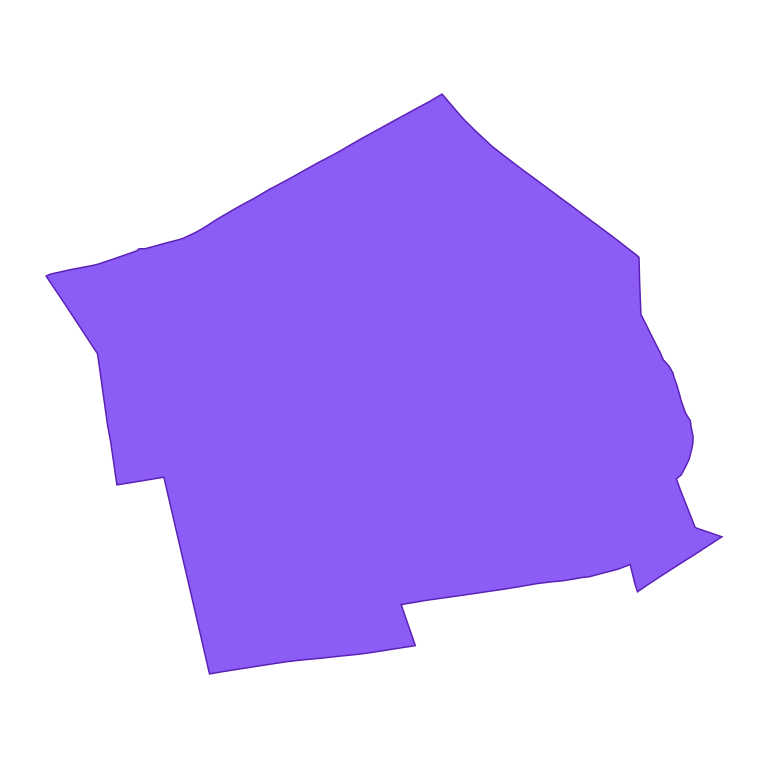 the district of Mihaesti, Olt, Romania
{"feature_id": "2599482B3191735089576", "entity_name": "Mihaesti", "entity_type": "district", "adm_level": 2, "iso_a3": "ROU", "parent_name": "Romania", "parent_adm1": "Olt", "projection": "equal_earth", "projection_center": [24.801, 44.115], "detail": "fine", "context": "isolated", "style": "filled", "palette": "violet", "viewbox_px": 768, "rotation_deg": 0, "n_neighbors": 0, "source": "geoboundaries", "source_scale": "gbopen_adm2", "svg_char_len": 2230}
<svg xmlns="http://www.w3.org/2000/svg" viewBox="0 0 768 768"><path d="M611.2,235.5L599.2,226.6L585.6,216.5L571.4,205.8L567.5,202.9L564.6,200.9L561.8,198.8L550.5,190.4L538.1,181.2L522.2,169.5L503.0,154.9L491.9,146.2L475.7,131.1L465.2,120.8L457.6,112.4L454.9,109.1L442.1,94.1L435.3,98.0L429.1,101.7L417.3,108.0L402.9,115.9L394.4,120.5L379.0,129.0L362.9,137.8L351.1,144.5L340.3,150.9L331.3,155.8L318.8,162.3L307.6,168.5L297.5,174.2L288.3,179.3L278.8,184.4L271.5,188.3L269.9,189.0L259.2,195.4L257.3,196.5L250.9,200.1L244.1,203.7L238.2,207.0L234.2,209.2L231.1,211.0L225.9,214.1L221.7,216.5L219.6,217.7L216.5,219.6L202.5,228.6L195.7,232.4L184.0,237.9L182.3,238.6L179.2,239.6L175.7,240.5L171.0,241.7L161.6,244.2L157.1,245.5L146.7,248.3L144.4,248.8L141.1,248.7L139.9,248.8L138.9,248.9L138.4,249.3L138.0,249.8L137.3,250.4L136.1,251.0L132.1,252.5L118.8,257.1L117.3,257.6L114.4,258.7L109.3,260.4L105.5,261.7L100.1,263.5L95.5,264.8L93.0,265.4L82.2,267.4L75.5,268.7L70.2,269.7L55.0,273.1L50.5,274.1L46.1,276.1L64.1,302.9L95.7,351.0L97.6,353.9L97.6,354.2L107.6,425.4L110.7,442.0L116.9,484.9L154.7,478.7L163.9,477.2L173.0,516.6L189.7,588.2L209.5,673.9L216.1,672.8L223.4,671.5L223.8,671.5L233.8,669.9L247.9,667.7L254.6,666.6L256.1,666.4L260.6,665.7L285.2,661.9L294.5,660.8L304.8,659.7L313.5,658.9L323.1,658.0L339.1,656.2L349.5,655.2L359.9,654.1L369.5,652.8L390.5,649.5L415.3,645.6L411.0,633.0L405.4,616.9L401.2,604.6L426.4,600.3L458.4,595.8L480.3,592.6L487.1,591.6L504.6,589.1L526.0,585.5L530.1,584.8L536.9,583.6L551.9,581.8L557.4,581.3L562.9,580.8L581.5,577.6L589.6,576.7L599.5,574.0L618.6,569.0L628.4,565.2L630.2,564.6L634.8,583.4L637.5,591.8L649.3,583.7L660.3,576.5L673.6,567.9L688.1,558.7L697.8,552.5L700.9,550.5L701.6,550.0L718.3,539.1L720.4,537.8L721.9,536.8L696.5,528.1L695.0,527.2L690.4,515.3L680.5,490.3L676.4,478.8L681.1,475.1L685.8,466.3L689.3,458.7L691.9,448.4L692.9,443.1L693.1,436.6L691.0,426.3L690.4,420.8L686.0,413.9L684.9,411.3L681.0,400.2L679.5,394.4L677.1,385.9L673.7,376.2L673.1,373.3L669.5,366.8L664.8,361.3L663.6,360.4L660.2,352.6L651.3,335.2L646.1,324.6L640.7,313.9L640.9,312.9L639.7,284.5L639.0,257.4L636.1,254.7L626.8,247.6L619.8,242.1L615.1,238.5L611.2,235.5Z" fill="#8b5cf6" stroke="#5b21b6" stroke-width="1.5"/></svg>